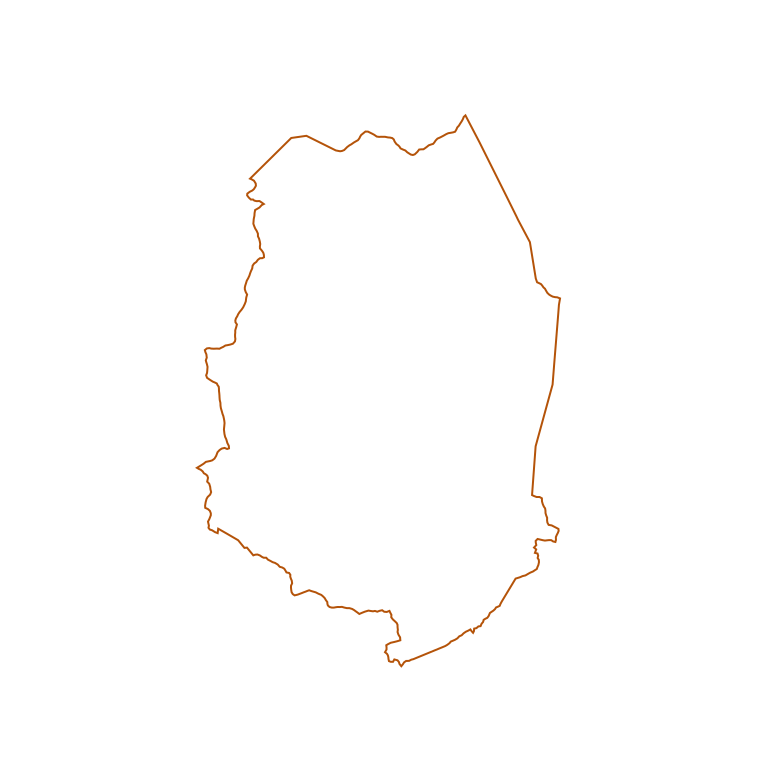 Jeremoabo, Bahia, Brazil (Robinson projection), rotated 53°
{"feature_id": "56859067B51032558402998", "entity_name": "Jeremoabo", "entity_type": "district", "adm_level": 2, "iso_a3": "BRA", "parent_name": "Brazil", "parent_adm1": "Bahia", "projection": "robinson", "projection_center": [-38.488, -9.985], "detail": "fine", "context": "isolated", "style": "outline", "palette": "amber", "viewbox_px": 768, "rotation_deg": 53, "n_neighbors": 0, "source": "geoboundaries", "source_scale": "gbopen_adm2", "svg_char_len": 5961}
<svg xmlns="http://www.w3.org/2000/svg" viewBox="0 0 768 768"><g transform="rotate(53 384 384)"><path d="M338.4,583.8L340.4,583.0L342.1,582.0L344.7,581.4L346.9,581.6L348.6,580.8L350.8,580.3L353.0,581.0L355.6,584.0L358.4,583.6L361.5,584.7L363.7,586.0L366.3,587.1L367.7,589.4L368.1,592.8L369.0,594.9L371.1,597.6L373.5,600.1L375.3,601.3L377.9,599.9L380.5,599.4L383.0,600.1L384.6,601.3L386.7,604.7L388.0,607.4L390.0,608.3L391.8,609.1L393.2,610.7L395.4,610.7L397.4,609.3L400.6,608.1L403.0,606.6L399.8,603.5L409.1,599.5L421.0,594.5L430.9,594.1L432.2,591.9L442.2,591.5L442.8,589.6L444.0,587.7L446.2,586.3L448.7,585.5L450.4,584.6L451.9,582.6L454.4,582.4L457.1,581.1L459.2,580.2L461.3,578.7L464.3,577.5L467.2,577.3L469.3,575.7L471.5,574.8L473.7,575.0L475.8,575.3L477.8,573.5L480.0,573.6L481.4,574.8L483.4,575.5L485.5,576.0L487.9,577.3L489.1,579.6L490.6,580.8L492.4,581.9L494.7,583.1L496.9,583.3L499.0,582.6L500.3,579.6L500.9,577.5L501.5,575.5L502.0,573.6L502.6,571.7L503.1,569.8L503.7,567.9L505.7,566.6L507.7,565.1L509.3,563.9L512.0,562.6L514.7,561.0L517.0,560.5L519.3,560.2L521.7,560.5L524.0,560.5L525.5,561.5L527.1,562.1L529.3,561.7L531.1,560.3L532.4,558.6L533.3,556.8L534.2,555.2L535.4,553.7L536.7,551.7L538.6,550.3L540.7,548.5L542.2,546.5L544.5,544.8L546.4,544.0L548.7,543.3L550.6,542.7L552.8,542.1L553.5,539.2L554.3,536.3L555.6,532.8L557.4,531.1L558.9,529.6L559.8,527.8L561.8,526.4L562.5,524.0L563.6,521.6L566.0,520.9L567.7,519.0L568.5,516.2L570.3,516.6L572.8,517.0L574.7,518.6L577.3,518.6L580.0,518.1L582.5,517.7L584.4,518.1L586.5,519.6L588.7,520.9L590.2,522.4L592.8,523.3L596.0,523.6L598.5,525.2L597.4,528.2L596.1,531.3L594.7,534.4L594.2,537.4L594.0,539.4L595.9,540.5L597.6,541.8L598.8,544.6L601.2,544.0L603.0,544.2L604.7,544.9L606.3,545.9L608.3,546.8L609.8,545.9L611.3,544.0L610.2,541.5L612.8,539.5L615.0,539.4L616.9,540.1L619.8,540.0L619.2,537.6L618.4,535.5L618.5,533.0L620.2,530.6L620.6,528.1L621.4,526.2L630.1,492.9L630.4,490.4L630.4,487.6L629.9,485.7L630.4,483.8L631.0,481.3L631.3,478.5L630.8,475.7L631.4,473.2L631.0,470.5L631.1,467.7L631.7,465.0L632.0,462.7L634.0,462.8L636.3,462.6L635.5,460.9L633.6,459.2L634.6,457.1L634.4,454.5L635.5,452.6L634.2,450.4L633.7,448.1L632.3,446.3L632.5,444.2L632.9,442.2L632.2,439.9L630.6,437.2L630.7,435.0L630.8,433.0L630.6,430.9L629.9,429.0L630.4,427.1L630.8,425.1L629.7,423.3L628.6,420.9L618.6,396.0L619.3,394.1L620.2,391.6L620.8,389.0L622.0,386.2L622.4,382.7L622.7,380.6L623.4,377.9L623.5,375.8L623.7,373.3L622.6,371.7L621.5,369.7L619.6,367.5L617.6,366.2L615.4,366.0L613.9,364.2L611.8,363.4L609.7,365.1L607.7,362.0L604.9,362.6L604.3,359.3L602.1,358.3L600.6,357.3L600.2,354.6L602.0,353.1L604.4,351.1L605.9,349.7L607.0,347.8L608.0,346.1L609.4,344.4L611.5,343.7L613.3,342.2L612.0,340.5L609.7,338.9L608.5,336.8L607.5,334.7L606.4,332.9L604.7,331.9L597.8,335.2L595.6,337.3L593.0,336.9L591.0,335.8L589.0,334.2L586.7,333.6L584.3,332.7L582.2,331.2L580.3,330.2L578.1,330.1L575.5,329.5L572.9,328.5L570.3,326.7L567.8,327.8L566.0,330.2L563.6,331.7L561.8,332.6L525.0,300.4L485.9,249.7L470.3,235.9L432.7,202.5L426.0,196.6L421.6,191.9L419.0,193.5L417.7,195.0L415.7,196.7L413.6,197.7L412.0,198.3L409.5,198.7L406.8,198.4L404.8,198.1L402.8,198.5L400.7,198.4L398.7,198.5L396.5,199.6L394.9,200.5L391.1,199.3L358.5,182.1L333.4,178.1L329.5,177.3L308.2,173.3L248.6,162.3L218.5,157.3L218.7,159.6L219.9,161.5L220.9,163.7L221.9,166.5L222.8,168.8L223.2,171.1L224.3,173.0L225.3,175.4L224.6,177.4L223.4,179.8L222.4,181.7L221.9,183.9L221.5,187.1L220.9,190.7L220.2,193.6L220.6,196.2L221.3,198.2L221.8,200.2L221.0,202.4L220.3,204.6L220.4,206.9L220.4,209.0L220.3,211.2L218.9,213.2L217.9,214.8L218.7,217.7L219.1,221.2L218.5,223.1L216.9,224.5L214.5,225.4L212.9,226.0L210.4,226.4L207.9,227.9L205.8,229.0L203.8,228.8L202.1,229.0L199.8,229.7L196.7,229.6L194.6,229.0L192.6,229.4L190.9,230.8L189.5,232.4L187.1,234.5L185.2,237.0L183.6,239.3L182.0,240.9L179.2,241.8L177.2,242.7L174.6,244.0L172.8,244.9L171.2,246.9L171.3,249.9L171.4,252.4L172.1,254.2L173.0,255.9L173.6,258.1L173.3,260.2L173.0,262.7L172.9,265.9L172.6,267.9L172.6,270.8L173.2,275.0L172.6,277.3L171.7,279.0L168.5,281.9L165.3,283.5L139.1,296.6L131.7,310.0L139.4,367.4L141.0,366.5L143.4,365.5L146.7,365.8L148.6,367.0L149.4,368.8L150.1,370.8L150.2,372.8L149.7,375.6L149.7,378.6L151.0,379.8L153.7,379.8L156.6,379.3L157.8,377.6L159.5,377.2L161.2,375.8L163.0,373.3L165.9,372.3L167.9,371.7L167.5,374.0L168.1,377.2L167.8,380.0L167.5,382.2L169.6,384.5L171.6,386.2L173.9,388.8L175.6,390.3L177.4,391.9L180.0,392.7L182.4,393.3L184.9,393.5L188.0,394.2L190.2,395.8L192.7,396.3L195.4,397.4L197.7,398.6L199.4,400.3L201.1,401.5L202.9,401.3L205.1,401.3L206.8,401.5L208.7,402.3L210.6,403.6L210.2,405.6L208.9,407.4L208.9,410.0L209.7,412.6L209.6,415.2L210.4,417.7L212.4,419.7L213.9,422.5L215.1,424.4L216.4,426.2L217.9,429.0L218.9,431.4L220.5,433.6L221.9,435.6L223.3,437.2L224.7,438.2L227.4,439.1L230.2,439.5L231.9,441.8L233.3,443.2L234.8,444.6L236.3,447.0L238.0,450.3L238.9,453.0L239.6,456.0L240.5,458.5L241.6,460.5L242.5,462.8L243.8,464.5L245.4,465.5L247.9,465.6L249.7,467.9L251.6,470.5L253.5,471.9L255.0,473.3L256.8,474.6L258.6,475.6L260.3,477.4L260.9,480.4L260.0,483.0L258.9,485.4L257.8,487.5L257.6,490.0L257.1,492.3L256.8,494.2L255.1,496.2L253.4,498.7L251.7,500.7L250.2,501.9L249.0,504.0L249.1,506.7L251.2,507.5L253.4,508.0L256.3,509.7L257.9,512.1L259.6,512.8L261.6,513.5L264.1,514.6L265.7,516.0L267.2,517.3L268.7,518.7L270.0,520.8L272.6,521.6L275.6,520.6L277.5,519.9L279.1,519.3L280.8,518.3L283.0,517.2L284.7,517.6L286.6,517.6L288.2,518.5L290.3,520.0L292.2,521.1L294.1,522.3L295.7,523.4L297.9,524.8L300.6,526.0L302.9,527.6L305.1,528.8L308.3,530.0L310.8,531.0L312.9,531.6L315.3,532.7L317.3,533.7L319.3,534.9L321.4,536.8L324.0,539.2L327.9,541.5L330.6,542.7L333.4,543.3L336.8,544.6L340.1,545.2L342.1,546.5L341.5,548.4L339.1,549.8L337.9,552.5L337.8,555.1L338.3,558.0L340.4,561.3L341.6,564.3L341.6,567.1L340.9,569.1L339.0,573.1L339.1,576.2L338.8,579.8L338.4,583.8Z" fill="none" stroke="#b45309" stroke-width="2"/></g></svg>